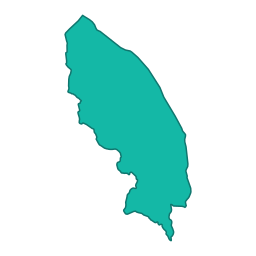 an SVG outline of Terengganu
{"feature_id": "MYS-1149", "entity_name": "Terengganu", "entity_type": "State", "adm_level": 1, "iso_a3": "MYS", "parent_name": "Malaysia", "parent_adm1": "", "projection": "mercator", "projection_center": [102.939, 4.865], "detail": "fine", "context": "isolated", "style": "filled", "palette": "teal", "viewbox_px": 256, "rotation_deg": 0, "n_neighbors": 0, "source": "natural_earth", "source_scale": "10m", "svg_char_len": 4632}
<svg xmlns="http://www.w3.org/2000/svg" viewBox="0 0 256 256"><path d="M82.7,15.4L83.7,16.1L89.7,19.8L92.3,21.9L94.5,24.7L96.0,28.4L97.1,30.1L100.2,31.5L120.6,47.6L125.4,50.0L130.1,51.0L131.9,52.2L137.8,57.4L148.3,69.3L159.9,87.5L163.8,97.2L175.1,116.1L181.7,128.3L182.4,130.5L182.8,131.3L184.8,133.6L185.5,134.7L185.5,136.0L184.7,139.4L184.8,142.0L186.0,146.7L187.9,163.9L187.7,166.5L186.6,168.7L185.8,170.9L187.2,176.0L187.0,177.7L190.7,188.2L190.9,191.7L190.7,192.9L189.1,196.9L188.2,198.2L187.5,198.9L185.9,200.9L185.5,201.7L185.5,202.7L186.2,205.7L185.5,206.9L184.9,207.3L184.4,207.0L183.6,206.7L182.1,206.3L173.8,206.0L173.4,205.9L173.1,205.7L172.8,205.5L172.6,205.2L172.3,205.0L172.0,204.8L171.0,204.4L170.8,204.5L170.8,204.9L171.1,207.1L171.2,207.6L171.5,209.3L171.5,210.2L171.3,211.1L171.2,211.5L171.0,211.9L170.6,212.5L170.4,212.8L169.9,213.3L169.7,213.6L169.5,213.9L169.0,216.5L169.0,217.0L169.0,217.5L169.2,218.3L169.3,218.7L169.5,219.0L169.7,219.3L170.0,219.5L170.7,219.9L171.0,220.1L171.2,220.4L171.4,220.7L171.7,221.4L171.8,222.3L171.7,222.8L171.7,223.2L171.5,224.1L171.3,225.0L171.3,225.4L171.4,225.8L171.6,226.3L171.6,226.5L172.5,228.3L173.5,231.3L173.6,231.8L173.6,232.2L173.6,232.7L173.3,233.9L173.0,234.6L172.5,235.5L172.0,236.2L171.7,236.4L171.4,236.6L171.2,236.9L171.0,237.2L171.0,237.6L171.3,240.1L171.2,240.5L170.5,240.5L169.7,239.8L169.3,239.3L169.0,238.8L168.0,236.4L167.6,235.7L166.3,234.4L166.1,233.9L166.1,233.5L166.3,232.6L166.3,232.2L166.2,231.8L166.1,231.5L165.7,230.9L163.8,229.1L163.0,228.0L162.6,227.3L162.3,226.7L162.2,226.5L162.1,224.9L161.8,224.5L161.4,224.3L160.5,224.4L160.1,224.6L159.7,224.8L159.3,224.9L158.9,224.7L158.5,224.2L158.2,223.8L158.0,223.4L157.9,222.5L157.7,222.1L157.4,222.0L156.7,222.1L156.0,222.6L155.4,222.6L154.7,222.4L152.1,220.6L151.4,220.2L150.8,219.9L150.4,219.5L150.0,218.8L149.7,218.5L149.4,218.3L149.1,218.1L149.0,217.8L148.8,217.4L148.7,217.1L148.4,216.8L148.1,216.6L147.7,216.4L143.8,215.0L143.0,214.4L142.5,213.9L142.1,213.6L141.4,213.3L138.3,212.6L136.8,212.1L136.4,211.9L136.1,211.7L135.6,211.2L133.8,211.4L127.7,214.1L126.6,214.1L126.1,214.0L125.8,213.9L125.5,213.7L125.3,213.4L124.8,212.8L123.7,210.9L123.7,210.5L123.8,209.9L125.2,208.1L125.5,207.5L125.7,206.7L125.9,205.2L125.9,204.3L125.7,202.3L126.8,197.9L127.2,195.9L127.2,195.4L127.4,194.8L127.9,194.1L128.9,193.2L129.4,192.4L129.9,190.7L130.2,190.1L130.7,189.5L131.7,188.7L132.4,188.3L133.0,188.1L133.4,188.1L133.9,188.1L134.8,188.4L135.2,188.4L136.0,188.3L136.2,188.0L136.4,187.5L135.7,185.8L135.8,185.1L136.0,184.2L136.9,182.6L137.5,181.0L137.4,179.5L136.7,179.4L136.4,179.1L136.2,178.2L136.1,176.9L136.0,176.5L135.7,176.1L131.8,172.4L131.3,172.2L130.8,172.2L130.5,172.4L130.2,172.6L130.0,172.8L129.8,173.2L129.6,174.0L129.5,174.4L129.2,174.6L128.8,174.6L128.5,174.4L127.9,173.8L127.5,173.5L127.2,173.3L126.7,173.3L125.4,173.2L124.9,173.3L124.1,173.3L123.7,173.2L123.3,173.1L121.9,173.0L121.4,172.8L121.0,172.3L120.3,171.3L119.4,170.4L118.5,169.8L118.1,169.2L117.7,168.3L117.2,166.3L116.9,165.2L116.9,164.3L117.1,163.3L117.4,162.8L117.6,162.5L118.0,162.3L119.1,161.9L119.5,161.7L119.8,161.5L120.0,161.2L120.1,160.9L120.3,160.5L120.4,158.0L120.7,157.5L121.0,157.2L121.2,156.8L121.1,156.1L120.7,154.7L120.6,154.0L120.3,153.0L120.1,152.7L119.1,151.5L116.9,149.6L115.3,149.0L112.1,149.4L110.1,149.4L108.1,149.1L107.4,148.9L106.6,148.8L104.5,148.1L103.4,147.4L101.3,145.9L99.5,144.9L98.6,143.6L96.2,139.1L96.8,137.4L96.7,136.6L95.7,134.1L95.4,133.6L95.0,133.2L94.4,132.4L94.2,131.5L94.0,129.9L93.8,129.2L93.4,128.9L92.6,128.6L92.2,128.5L86.5,124.5L83.7,123.2L83.3,123.1L82.9,123.1L82.5,123.2L82.3,123.4L82.1,123.7L81.7,123.9L81.1,123.9L79.9,123.4L79.4,122.9L79.2,122.4L79.4,120.2L79.6,119.3L79.3,117.4L78.3,114.2L78.1,113.3L78.0,112.8L78.0,112.7L78.0,112.3L78.1,112.0L78.4,111.8L78.6,111.5L79.0,111.4L79.3,111.2L79.6,110.8L79.7,110.2L78.3,104.7L78.3,104.1L78.5,103.8L78.8,103.6L79.7,103.4L80.0,103.2L80.2,102.9L80.2,102.5L80.3,102.1L80.5,101.8L81.0,101.2L81.2,100.6L81.0,100.4L80.1,99.7L79.0,98.5L78.6,98.2L78.3,98.0L77.9,97.9L77.4,97.6L76.9,97.2L75.3,95.3L75.0,95.1L74.1,94.7L73.6,94.2L73.2,94.0L72.7,93.9L72.3,93.8L71.8,93.8L71.5,93.6L70.9,93.2L70.6,93.0L69.1,92.6L68.3,92.2L68.0,91.8L68.0,91.3L68.7,89.4L68.9,88.6L68.9,88.2L68.9,87.7L68.6,86.0L68.8,79.4L69.2,76.8L69.3,76.3L70.6,73.5L71.2,70.7L71.0,69.6L70.5,69.1L68.0,67.0L66.2,64.7L66.0,64.1L66.0,63.7L66.4,63.5L66.6,62.5L66.6,60.6L65.8,53.9L65.9,52.8L66.8,52.2L67.0,51.9L67.1,51.5L67.0,45.3L67.3,43.4L67.2,42.8L66.9,41.7L66.6,40.9L65.1,34.6L65.6,33.1L69.6,28.9L78.3,20.8L82.5,15.5L82.7,15.4Z" fill="#14b8a6" stroke="#0f766e" stroke-width="1.5"/></svg>